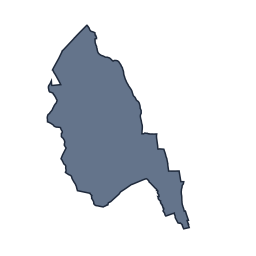 the district of Tacuta, Vaslui, Romania, rotated 19°
{"feature_id": "2599482B23186583310189", "entity_name": "Tacuta", "entity_type": "district", "adm_level": 2, "iso_a3": "ROU", "parent_name": "Romania", "parent_adm1": "Vaslui", "projection": "equal_earth", "projection_center": [27.668, 46.938], "detail": "fine", "context": "isolated", "style": "filled", "palette": "slate", "viewbox_px": 256, "rotation_deg": 19, "n_neighbors": 0, "source": "geoboundaries", "source_scale": "gbopen_adm2", "svg_char_len": 5736}
<svg xmlns="http://www.w3.org/2000/svg" viewBox="0 0 256 256"><g transform="rotate(19 128 128)"><path d="M40.6,76.8L40.8,77.0L39.9,84.6L38.0,95.4L37.7,97.7L38.1,97.7L38.8,98.5L39.9,99.5L40.1,99.8L41.0,100.4L43.0,102.1L47.3,106.0L50.3,108.9L43.3,112.1L42.1,112.5L41.4,111.3L40.2,108.4L40.0,110.0L40.0,110.7L39.8,111.8L39.8,112.1L39.6,112.5L39.3,113.6L39.4,113.9L39.2,114.4L39.3,114.7L39.5,115.5L39.6,115.8L39.7,116.1L39.8,116.2L41.2,118.6L42.1,119.4L43.2,119.3L45.5,119.4L46.2,119.9L46.2,120.1L47.2,120.8L47.6,120.9L47.9,121.3L48.4,121.6L48.8,122.0L49.8,122.8L50.2,123.3L50.6,123.8L51.6,124.5L52.0,125.3L52.0,126.2L52.0,126.9L51.9,128.0L51.4,129.0L50.9,131.0L50.8,132.3L50.5,134.0L50.5,135.2L50.2,136.4L49.2,138.9L49.1,139.8L48.2,141.0L48.0,141.4L48.0,143.2L48.3,144.7L49.2,146.4L49.6,147.8L50.0,148.2L50.0,148.4L51.2,148.4L53.4,148.7L55.0,149.1L56.6,149.6L57.2,150.1L57.8,150.4L58.1,150.4L59.8,150.5L61.6,150.0L63.6,149.6L64.0,149.6L64.8,150.7L65.6,151.5L66.5,152.2L67.0,152.7L67.3,153.6L67.2,154.2L67.0,154.4L67.0,154.6L66.9,154.7L67.0,154.8L66.9,155.1L67.0,155.4L67.3,156.3L67.8,157.8L68.2,158.1L70.3,159.0L70.6,159.3L70.7,159.5L71.7,160.2L72.0,160.6L72.3,161.2L72.5,161.3L72.8,161.8L73.0,163.2L73.0,163.9L73.1,164.1L73.3,164.2L73.3,164.9L75.2,166.5L75.3,166.5L76.0,167.1L75.3,171.9L74.9,174.8L74.7,178.9L75.6,179.6L76.3,179.9L76.8,180.6L77.7,181.4L78.5,182.3L79.0,182.8L79.4,183.0L81.0,183.6L81.2,183.8L81.7,184.6L82.0,185.8L82.3,186.5L83.2,188.0L83.4,189.4L83.2,190.0L83.3,190.4L87.1,191.4L89.0,191.5L90.1,192.0L90.6,192.5L91.3,193.7L92.3,194.7L94.8,196.9L96.2,197.9L97.6,199.4L98.0,199.8L99.2,201.7L100.6,203.7L113.4,202.1L113.5,202.4L114.6,203.2L115.3,203.3L115.8,203.6L115.7,204.3L115.8,204.7L116.3,205.4L116.6,206.5L117.3,206.9L119.4,208.8L119.7,209.3L120.0,209.9L120.2,210.3L120.3,210.8L120.7,210.9L121.3,211.4L122.5,211.8L124.1,211.6L124.8,211.4L126.3,211.3L130.3,210.7L131.2,209.7L132.3,208.8L132.9,207.8L133.2,207.8L133.4,207.6L133.8,207.5L134.0,207.3L133.8,205.7L133.8,205.1L134.5,204.4L135.0,204.0L135.1,203.6L135.6,203.3L135.7,203.1L136.2,202.2L136.6,201.5L136.9,200.9L141.0,193.5L141.7,190.9L145.7,185.7L149.5,180.5L149.6,180.3L150.2,180.0L159.2,172.0L161.7,170.0L162.5,170.1L163.2,170.3L165.0,171.3L165.3,171.6L165.3,171.9L166.0,172.4L166.8,172.6L168.7,173.6L169.5,174.0L169.8,174.2L170.5,174.5L172.9,175.8L174.6,176.5L175.0,176.8L175.2,177.1L175.3,177.6L175.8,177.3L176.1,177.7L176.2,177.8L176.4,177.7L176.7,177.8L176.9,178.2L176.8,178.7L176.9,179.0L176.8,179.3L177.1,179.6L177.1,179.8L177.4,180.0L177.6,180.3L178.1,180.5L178.3,180.8L178.9,181.1L179.0,181.6L179.2,181.8L179.6,182.5L179.6,182.8L179.1,183.0L178.5,183.1L179.0,183.6L179.2,184.1L179.7,185.1L180.9,185.9L181.1,185.9L181.9,186.4L182.2,186.4L182.3,186.4L182.2,186.6L182.8,187.1L182.9,187.6L183.1,187.7L183.2,188.1L183.6,188.3L183.7,188.6L183.9,188.7L184.0,188.9L184.7,189.2L185.2,189.6L185.3,189.8L185.5,189.7L185.6,189.8L185.8,190.0L185.9,190.4L186.2,190.7L186.6,191.5L186.8,191.6L187.1,191.7L187.7,192.1L187.5,192.3L187.5,192.5L187.9,192.6L188.0,192.8L188.0,193.1L188.3,193.4L188.2,194.2L188.1,194.4L188.2,195.1L189.3,195.9L190.0,196.3L191.4,198.2L191.8,198.5L192.3,198.9L192.6,198.8L197.7,194.7L199.5,193.4L199.7,194.0L200.0,194.5L200.9,195.4L201.2,195.8L201.9,197.5L206.2,201.5L207.5,201.3L208.0,201.2L208.4,200.8L209.1,201.1L209.7,201.3L210.4,201.6L210.6,201.9L210.9,201.9L211.1,202.5L211.8,203.4L213.5,205.2L218.3,202.2L216.4,199.7L216.7,199.5L216.0,198.6L215.8,198.7L214.0,196.2L215.2,195.6L211.5,190.9L209.5,188.1L209.1,187.8L208.7,188.0L208.3,188.3L206.7,185.9L205.3,184.2L204.9,183.5L204.3,182.8L203.5,181.3L202.8,179.6L202.5,179.0L201.2,175.5L200.6,174.2L200.0,173.2L199.1,171.0L199.0,170.6L198.8,169.6L198.5,168.6L198.4,166.5L198.0,164.9L198.0,164.4L198.4,163.3L198.5,162.9L198.4,161.8L198.2,160.6L195.4,161.5L195.1,160.9L190.3,152.0L185.8,153.7L180.4,155.5L179.7,154.0L178.5,151.7L177.6,149.9L177.4,149.5L177.4,149.0L177.2,148.9L176.6,147.7L175.7,146.2L174.6,144.2L173.2,142.6L172.1,140.8L171.1,139.4L169.8,137.8L168.8,136.4L167.6,136.7L164.6,137.5L163.3,138.2L162.9,137.7L162.5,136.8L161.9,135.3L158.3,128.2L157.5,126.2L157.1,124.3L154.8,125.2L149.8,126.8L149.6,126.6L148.6,126.9L147.7,126.7L146.9,127.2L145.6,127.2L145.2,127.7L144.8,128.3L144.5,128.5L143.0,128.9L142.5,127.0L142.1,125.9L142.1,125.5L141.8,124.3L141.3,122.6L140.8,121.3L140.2,120.2L139.5,119.3L138.1,116.7L136.8,114.8L135.9,113.1L135.5,111.7L135.6,110.3L135.7,109.8L134.7,107.1L133.7,106.0L133.0,105.3L132.9,104.8L132.1,103.1L130.5,100.8L130.2,100.5L129.0,99.6L127.8,99.3L127.0,98.9L126.5,98.6L125.5,97.5L124.4,96.6L123.1,96.0L122.7,95.8L122.3,95.4L121.3,94.1L120.7,93.3L120.1,92.4L119.3,91.4L118.1,90.3L117.6,90.0L117.1,89.6L116.9,89.4L114.6,87.8L114.4,87.5L114.3,87.3L114.1,87.2L111.7,85.1L110.8,84.0L109.4,82.6L108.9,81.8L108.6,81.6L108.1,80.7L106.9,79.3L106.8,78.9L106.5,78.7L106.3,78.3L106.3,78.1L106.2,77.9L105.6,76.6L105.4,76.2L105.1,75.7L104.8,75.3L104.7,75.2L103.6,73.8L103.1,72.9L102.4,72.3L101.5,71.7L101.3,71.3L100.5,70.5L99.0,69.4L97.9,68.5L97.0,68.1L96.1,67.9L95.0,68.0L93.5,68.4L92.8,68.8L92.5,69.3L92.2,69.5L91.5,69.5L88.7,68.1L87.5,67.8L85.5,67.8L84.8,68.0L84.0,68.3L83.6,68.4L81.7,68.1L80.5,68.0L79.4,68.1L77.5,67.7L75.8,67.0L74.9,66.2L74.6,65.9L73.4,64.1L72.9,63.0L72.1,62.1L71.7,61.0L71.5,60.8L70.7,60.1L70.1,59.2L69.4,58.4L68.9,57.4L67.8,54.6L67.9,54.4L68.2,54.3L68.6,53.8L69.1,53.7L68.8,52.8L68.6,52.4L68.0,51.9L67.4,51.0L67.0,51.2L66.7,50.8L66.7,50.7L66.3,50.1L65.7,48.7L63.6,48.5L61.6,48.6L61.1,48.4L60.2,47.9L59.1,46.8L58.8,46.3L58.1,45.7L57.7,45.5L57.3,45.1L57.0,45.1L56.8,44.8L55.8,44.2L55.6,44.3L52.1,51.6L51.5,52.8L48.9,58.4L48.7,59.1L48.5,59.3L47.9,60.5L47.8,61.0L41.7,74.6L40.6,76.8Z" fill="#64748b" stroke="#1e293b" stroke-width="1.5"/></g></svg>